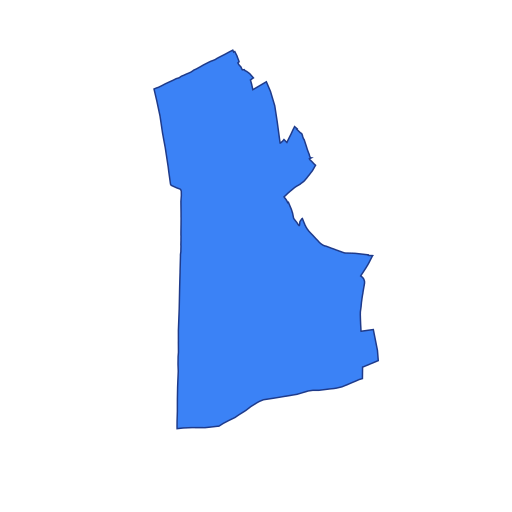 Rafah, Gaza Strip, Palestine, rotated 18°
{"feature_id": "87354302B11532502248212", "entity_name": "Rafah", "entity_type": "district", "adm_level": 2, "iso_a3": "PSE", "parent_name": "Palestine", "parent_adm1": "Gaza Strip", "projection": "robinson", "projection_center": [34.269, 31.284], "detail": "fine", "context": "isolated", "style": "filled", "palette": "blue", "viewbox_px": 512, "rotation_deg": 18, "n_neighbors": 0, "source": "geoboundaries", "source_scale": "gbopen_adm2", "svg_char_len": 5726}
<svg xmlns="http://www.w3.org/2000/svg" viewBox="0 0 512 512"><g transform="rotate(18 256 256)"><path d="M176.0,71.6L175.6,71.1L174.8,70.3L174.1,69.6L173.5,69.0L172.6,68.1L172.2,68.4L171.8,68.7L171.7,68.9L170.3,67.4L167.5,70.2L164.2,73.7L159.3,78.6L157.6,80.4L156.5,81.8L154.6,83.4L152.9,84.7L151.3,86.2L147.0,90.5L144.5,93.3L141.4,96.6L139.3,98.5L138.5,99.7L137.1,101.4L135.3,103.0L133.4,104.6L131.5,106.4L129.9,107.7L128.9,108.8L128.2,109.8L127.3,110.7L126.3,111.3L125.3,112.0L122.9,114.4L119.5,117.5L116.5,120.3L113.7,123.2L110.8,126.0L110.1,126.4L109.0,127.3L107.4,128.7L113.7,139.1L121.5,152.6L129.1,167.9L131.0,171.4L131.3,172.0L136.1,180.8L145.0,198.5L146.9,202.6L152.5,214.1L153.5,215.0L159.6,215.7L162.9,215.8L163.3,215.9L163.8,216.1L164.9,217.4L166.3,221.5L167.7,227.2L171.5,238.5L172.7,242.2L172.8,242.4L173.1,243.3L174.7,248.4L174.8,248.6L174.9,249.0L177.4,257.0L178.2,259.5L178.3,259.6L178.5,260.2L179.6,263.7L179.8,264.2L180.0,264.9L181.1,268.6L181.4,269.3L181.7,270.2L183.2,275.1L183.7,277.9L184.0,278.9L184.1,279.1L184.3,279.8L184.4,280.1L188.6,294.3L188.7,294.5L189.0,295.6L192.9,308.8L199.3,330.0L202.9,342.7L205.2,350.8L208.5,360.9L208.6,361.0L208.7,361.6L212.0,371.5L213.0,375.7L215.3,383.1L217.7,389.7L221.9,404.7L225.4,416.2L229.3,428.3L231.9,437.2L233.6,442.6L234.3,444.6L239.8,442.1L247.8,439.1L253.4,437.3L260.6,435.0L265.5,432.8L271.6,430.0L273.3,429.3L276.6,425.3L280.9,420.9L285.9,416.1L288.8,412.3L294.0,406.1L297.6,400.8L302.3,395.2L304.2,393.2L307.5,390.4L316.1,386.1L337.7,374.9L347.4,368.2L351.5,366.2L357.3,364.3L362.4,361.9L367.3,359.6L371.0,358.0L373.5,356.7L378.1,353.9L383.3,349.5L386.6,346.6L389.3,344.3L392.3,341.6L395.1,339.7L391.9,329.4L391.7,328.7L391.9,328.6L404.6,317.7L400.7,308.3L390.3,289.7L380.0,294.7L379.2,295.1L378.8,294.3L377.7,291.4L376.8,289.1L375.1,284.5L373.7,280.6L373.1,278.9L373.0,278.4L372.8,277.8L372.6,277.2L372.5,276.8L371.6,271.8L370.9,268.7L370.6,267.4L370.4,266.2L370.2,265.1L370.0,264.1L369.4,260.5L369.3,259.7L369.2,258.8L369.1,258.1L368.9,257.2L368.3,253.0L368.0,250.9L367.9,250.0L367.7,249.1L367.7,248.7L367.6,248.2L367.5,247.9L367.4,247.7L367.3,247.2L367.1,246.8L367.0,246.5L366.8,246.2L366.6,245.9L366.3,245.6L366.1,245.2L365.9,245.0L365.6,244.7L365.4,244.4L365.0,244.2L364.7,243.9L364.4,243.7L364.1,243.6L363.8,243.4L363.5,243.3L363.2,243.1L362.9,243.0L362.6,242.9L362.1,242.7L361.7,242.6L362.3,240.4L362.9,238.3L363.4,236.3L364.0,234.2L364.5,232.1L365.0,230.0L365.5,227.5L365.9,225.0L366.3,222.4L366.7,219.9L366.8,219.6L366.3,219.7L365.4,220.0L364.4,220.3L362.6,220.7L362.4,220.2L349.6,222.8L346.0,223.8L345.7,223.9L339.6,225.7L339.0,225.7L337.0,225.7L335.1,225.6L333.6,225.6L332.2,225.5L330.7,225.5L329.2,225.4L327.0,225.3L325.4,225.3L324.1,225.2L319.7,225.0L319.2,225.0L318.6,225.2L318.1,225.1L317.5,225.1L316.7,225.0L316.1,224.9L315.4,224.7L314.9,224.6L314.4,224.4L314.0,224.3L313.7,224.2L313.4,224.1L313.0,223.9L312.4,223.6L311.9,223.4L311.7,223.3L310.9,222.8L309.9,222.2L308.9,221.7L308.2,221.3L307.5,221.0L306.7,220.5L305.8,220.0L304.9,219.5L304.4,219.2L303.3,218.6L301.0,217.4L299.0,216.3L298.2,215.8L297.7,215.4L297.1,215.0L296.6,214.6L296.2,214.4L295.7,213.9L295.1,213.4L294.4,212.8L293.8,212.1L293.1,211.5L292.5,210.8L292.0,210.1L291.4,209.5L289.5,207.2L288.5,206.0L288.4,206.1L288.2,206.3L288.1,206.5L287.8,207.5L287.5,208.4L287.5,208.7L287.3,209.1L287.3,209.3L287.2,209.5L287.2,210.0L287.4,211.0L287.6,211.7L287.7,212.4L287.8,213.0L287.8,213.4L287.8,213.7L287.8,214.2L287.7,214.0L286.6,213.2L285.8,212.6L284.6,211.6L282.6,210.3L280.2,208.6L279.6,207.6L279.1,206.7L278.2,205.1L277.4,203.7L277.0,203.2L275.3,200.8L270.2,194.9L269.7,195.5L268.5,194.2L267.9,193.7L267.6,193.4L267.4,193.2L267.2,193.1L267.0,192.9L266.8,192.8L266.2,192.4L266.1,192.2L265.8,192.1L265.6,192.0L265.4,191.9L265.2,191.8L265.0,191.6L264.4,191.1L265.8,188.6L267.0,186.3L268.1,184.5L268.3,184.1L269.1,182.9L269.3,182.6L269.8,181.8L271.1,179.7L271.3,179.4L271.7,178.8L271.9,178.5L272.1,178.3L272.6,177.6L272.9,177.3L273.3,176.8L274.6,175.4L276.0,173.8L276.0,173.7L276.2,173.3L276.5,172.9L276.9,172.4L277.3,171.8L277.7,171.3L277.9,170.9L278.2,170.6L278.4,170.2L278.6,169.8L278.8,169.5L279.5,167.7L280.0,166.6L281.1,163.5L281.5,162.6L282.5,159.6L282.8,158.9L283.1,158.1L283.3,157.3L283.5,156.6L283.8,155.0L284.0,154.3L284.1,153.5L284.6,151.3L282.6,150.4L279.9,148.9L277.3,147.7L276.7,147.0L277.9,145.9L278.2,145.6L277.7,145.7L277.4,145.6L277.1,145.5L276.9,145.3L276.6,144.9L276.3,144.6L275.7,143.8L275.2,142.9L274.6,142.2L274.1,141.7L273.8,141.2L273.1,140.4L272.5,139.6L271.8,138.7L271.3,138.0L269.9,136.0L268.5,134.1L266.1,130.8L265.6,130.2L265.4,130.1L265.2,130.1L263.6,128.2L262.9,127.0L262.5,126.5L262.0,125.8L261.9,125.7L261.5,125.5L261.1,125.3L260.8,125.2L260.6,125.2L260.3,125.1L260.1,125.1L255.5,122.8L255.8,122.3L252.7,121.0L252.5,122.5L252.2,124.3L252.0,126.0L251.8,127.8L251.6,129.5L250.7,135.4L250.6,135.9L250.5,136.9L250.4,137.9L250.3,138.5L246.6,136.6L246.0,138.2L244.5,140.8L244.1,141.1L243.7,140.5L234.6,121.6L227.4,107.3L218.9,95.0L212.0,87.1L201.6,98.8L198.6,93.7L196.3,90.3L196.9,89.6L197.6,88.5L198.0,88.0L198.5,87.4L195.8,85.8L193.8,84.6L192.2,84.0L190.8,83.6L190.6,83.5L190.3,83.4L190.1,83.3L189.8,83.3L189.2,83.2L188.6,83.1L188.3,83.1L188.2,83.1L188.0,82.9L187.8,82.8L187.7,82.7L187.1,82.4L187.0,82.5L186.9,82.6L186.7,82.7L186.4,82.8L186.2,82.9L185.9,83.0L185.7,83.1L185.3,83.1L184.7,82.4L183.8,81.5L183.6,81.3L183.4,81.0L183.2,80.9L183.0,80.7L182.8,80.6L182.0,80.2L181.6,79.9L181.0,79.6L180.8,79.5L180.7,79.4L180.4,79.2L179.5,78.3L179.4,78.2L179.2,78.1L179.1,77.9L179.1,77.7L179.6,77.0L179.9,76.5L179.0,75.3L177.7,73.7L177.5,73.4L177.3,73.2L176.9,72.8L176.5,72.1L176.3,71.8L176.0,71.6Z" fill="#3b82f6" stroke="#1e3a8a" stroke-width="1.5"/></g></svg>